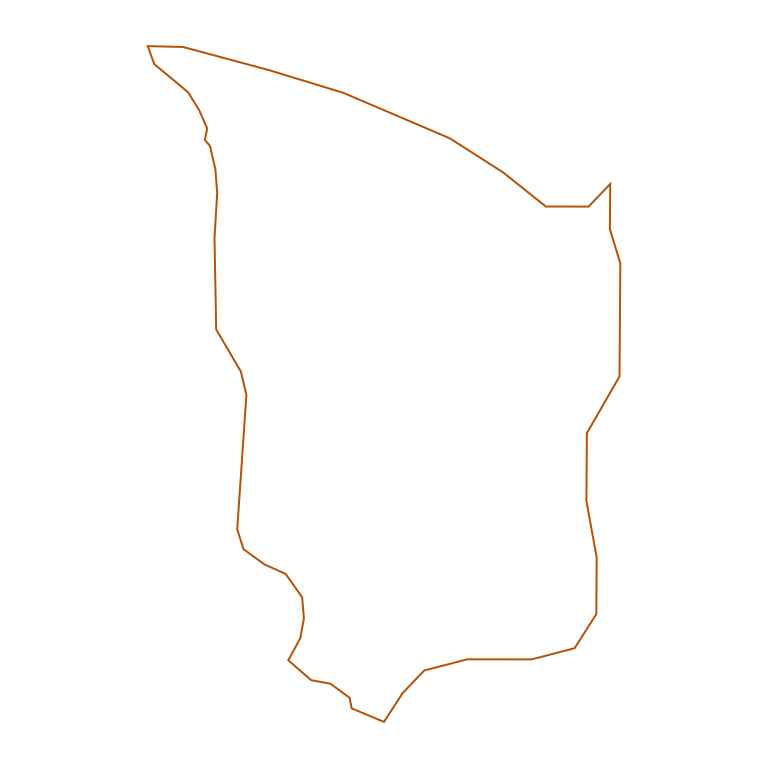 the district of Sariwon City, Hwanghae-bukto, North Korea
{"feature_id": "82179303B86388706464223", "entity_name": "Sariwon City", "entity_type": "district", "adm_level": 2, "iso_a3": "PRK", "parent_name": "North Korea", "parent_adm1": "Hwanghae-bukto", "projection": "albers", "projection_center": [125.699, 38.566], "detail": "fine", "context": "isolated", "style": "outline", "palette": "amber", "viewbox_px": 768, "rotation_deg": 0, "n_neighbors": 0, "source": "geoboundaries", "source_scale": "gbopen_adm2", "svg_char_len": 730}
<svg xmlns="http://www.w3.org/2000/svg" viewBox="0 0 768 768"><path d="M147.7,46.1L154.3,64.2L169.7,76.9L188.1,92.3L199.0,109.8L207.2,128.5L204.8,139.9L210.0,146.0L215.4,169.4L217.2,192.8L214.5,238.4L216.2,329.5L240.9,371.6L246.4,395.0L237.2,529.4L243.6,549.3L264.6,564.5L285.6,573.9L302.1,597.2L303.9,618.3L300.3,638.1L288.3,660.3L311.2,680.2L330.4,683.7L349.6,697.8L351.7,708.4L384.0,721.9L402.6,693.1L424.2,670.5L467.2,659.3L531.6,659.4L574.6,648.2L596.3,614.2L596.7,557.6L586.4,501.0L586.9,433.1L619.5,376.5L620.0,308.6L620.3,263.3L609.9,229.3L610.2,184.0L588.6,206.6L545.8,206.5L503.2,172.5L449.9,138.4L396.6,115.6L343.2,92.8L268.5,70.0L225.8,58.5L183.0,47.0L147.7,46.1Z" fill="none" stroke="#b45309" stroke-width="2"/></svg>